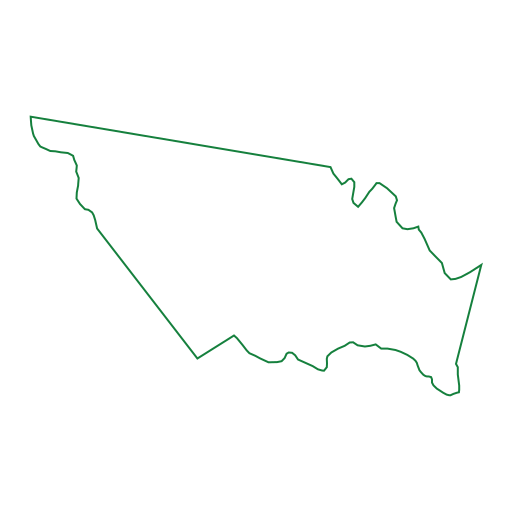 the district of Carierre, Vieux Fort, Saint Lucia
{"feature_id": "8701671B41249245584298", "entity_name": "Carierre", "entity_type": "district", "adm_level": 2, "iso_a3": "LCA", "parent_name": "Saint Lucia", "parent_adm1": "Vieux Fort", "projection": "mercator", "projection_center": [-60.966, 13.785], "detail": "fine", "context": "isolated", "style": "outline", "palette": "green", "viewbox_px": 512, "rotation_deg": 0, "n_neighbors": 0, "source": "geoboundaries", "source_scale": "gbopen_adm2", "svg_char_len": 1951}
<svg xmlns="http://www.w3.org/2000/svg" viewBox="0 0 512 512"><path d="M418.3,226.6L413.4,228.3L411.3,228.6L407.5,229.2L403.0,228.4L402.5,228.3L396.6,221.8L395.6,216.5L394.1,208.1L395.3,204.5L395.8,203.1L397.0,200.3L395.8,196.4L387.0,188.2L379.5,183.1L376.5,183.1L375.6,184.4L372.3,188.7L370.5,190.6L369.4,191.7L365.2,198.1L361.9,202.4L358.1,206.8L353.5,202.9L352.2,199.0L354.3,186.9L354.3,182.2L351.4,178.7L348.5,179.2L345.1,182.6L341.8,184.3L339.3,181.0L337.2,178.3L333.4,173.6L332.9,172.5L330.5,167.1L30.7,116.7L30.9,120.1L31.3,125.3L33.1,133.7L33.4,134.5L33.8,135.9L38.4,144.0L40.3,146.5L42.2,147.4L46.2,149.1L49.6,150.7L50.3,151.0L55.3,151.3L60.9,152.3L67.8,153.0L70.9,154.6L73.1,155.8L74.3,160.0L75.5,162.6L76.8,165.5L76.6,167.9L76.2,171.6L76.9,173.3L78.7,178.0L78.2,183.9L78.1,185.7L77.6,188.2L76.8,192.5L76.5,198.6L80.0,204.0L84.9,209.2L88.4,209.8L92.1,212.4L93.7,215.3L95.2,220.1L97.1,228.5L197.4,358.5L234.0,335.5L236.9,338.1L242.4,344.8L246.7,350.4L249.4,353.2L255.3,355.8L260.1,358.4L268.5,362.3L277.1,362.1L281.6,361.2L284.6,358.1L286.6,353.7L288.7,352.5L292.1,352.8L295.2,355.3L298.0,359.5L301.1,360.9L312.7,366.1L317.9,369.3L322.0,370.5L324.0,370.7L326.8,367.2L327.0,363.5L326.8,358.8L327.4,356.3L331.3,352.5L338.1,348.6L344.7,345.8L349.7,342.5L353.1,342.3L357.6,345.3L364.9,346.5L370.3,345.8L375.7,344.4L381.2,348.6L387.5,348.6L395.5,350.0L400.7,351.8L407.3,354.9L413.2,358.6L415.5,360.8L416.8,362.8L417.6,365.4L419.5,370.3L421.0,372.2L423.4,374.8L425.3,376.0L426.6,376.4L428.9,376.5L431.1,377.1L432.0,379.4L432.0,382.6L433.5,385.4L436.8,388.6L439.6,390.4L443.1,392.7L446.6,394.6L449.0,395.2L450.4,395.3L453.4,393.9L457.0,392.7L458.9,392.3L459.2,389.9L459.2,385.6L457.8,374.5L457.8,367.2L456.0,363.9L481.1,265.6L481.3,264.9L470.0,272.2L461.1,277.0L455.5,278.9L450.8,279.4L444.7,273.1L441.9,263.0L435.3,256.3L429.7,250.5L424.6,238.9L421.3,232.6L418.8,229.6L418.6,228.4L418.3,226.6Z" fill="none" stroke="#15803d" stroke-width="2"/></svg>